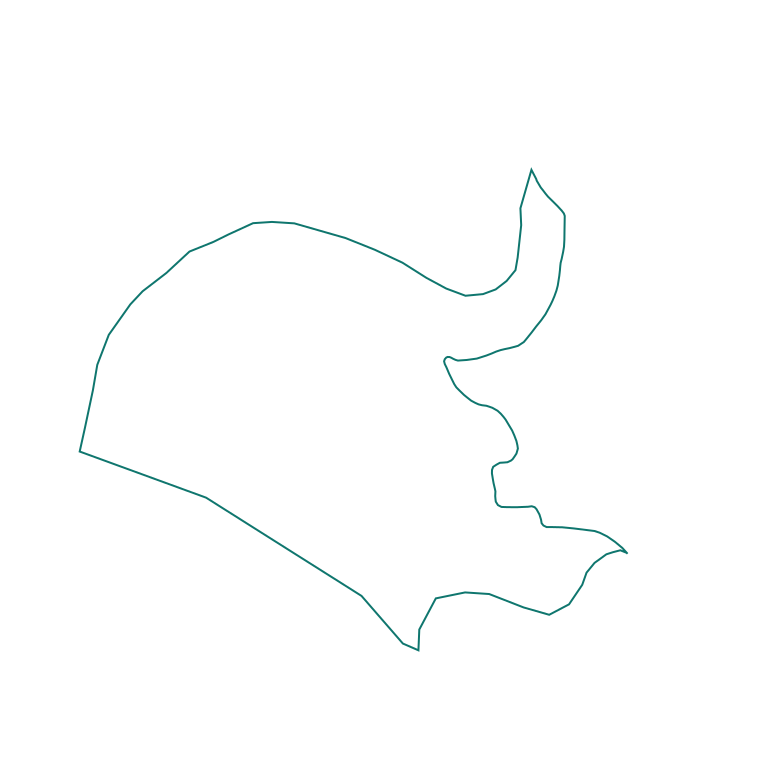 outline of Monchy/Ravine Macock, Dauphin, Saint Lucia, rotated 196°
{"feature_id": "8701671B74804511892204", "entity_name": "Monchy/Ravine Macock", "entity_type": "district", "adm_level": 2, "iso_a3": "LCA", "parent_name": "Saint Lucia", "parent_adm1": "Dauphin", "projection": "natural_earth1", "projection_center": [-60.927, 14.048], "detail": "fine", "context": "isolated", "style": "outline", "palette": "teal", "viewbox_px": 768, "rotation_deg": 196, "n_neighbors": 0, "source": "geoboundaries", "source_scale": "gbopen_adm2", "svg_char_len": 2194}
<svg xmlns="http://www.w3.org/2000/svg" viewBox="0 0 768 768"><g transform="rotate(196 384 384)"><path d="M103.1,288.0L109.7,292.1L118.6,296.0L127.5,299.0L135.7,300.5L141.2,300.7L161.6,297.5L173.1,295.4L184.1,292.5L188.3,291.3L191.7,291.9L194.1,293.6L195.6,296.8L198.6,301.4L201.4,304.2L202.9,305.7L205.2,307.1L208.3,307.2L211.7,305.7L222.9,302.0L232.0,299.5L237.2,298.2L241.1,299.0L244.1,301.7L245.2,304.3L246.2,306.9L247.3,311.5L248.4,313.6L251.3,318.8L253.2,322.7L255.6,327.8L256.5,331.2L256.2,334.5L253.7,337.4L250.9,340.2L247.8,341.3L243.8,342.8L240.8,345.4L239.6,347.2L238.4,350.7L237.5,353.6L237.5,358.8L238.9,361.9L241.0,365.7L244.5,370.4L248.0,374.6L252.6,378.9L257.3,383.3L259.7,385.1L263.5,387.6L267.5,389.6L273.3,391.0L276.6,391.2L279.6,391.3L284.0,390.6L287.5,390.5L291.0,391.0L295.6,392.0L300.7,394.1L304.2,395.6L309.6,398.5L313.5,400.7L316.4,403.2L319.6,406.7L324.2,411.8L328.4,417.0L331.1,420.0L332.5,422.4L332.4,424.6L331.5,426.5L330.4,427.5L328.5,428.0L326.6,427.8L324.5,427.3L321.9,426.9L319.4,426.9L311.1,429.9L301.8,434.0L293.4,439.6L288.9,443.0L285.1,446.1L281.3,448.7L277.6,450.8L273.2,453.1L268.8,455.7L265.6,457.7L262.7,461.1L261.2,462.8L259.9,465.7L256.4,474.0L253.6,481.2L250.5,488.5L248.0,495.6L246.9,500.6L245.7,506.1L245.0,510.3L244.4,515.2L244.0,521.2L244.1,526.5L245.3,536.2L246.2,541.6L247.1,546.1L247.6,549.2L247.7,553.2L248.2,560.2L248.8,565.5L250.4,572.5L252.5,580.2L256.6,595.4L258.1,597.5L260.9,599.6L266.3,602.9L278.0,609.3L281.2,611.5L284.0,613.6L287.5,616.1L293.3,621.6L294.1,622.9L301.3,630.5L301.3,620.9L301.3,611.3L301.3,603.3L301.3,590.5L295.9,574.5L290.4,542.5L289.0,529.7L294.5,516.9L302.7,505.7L313.6,497.7L330.0,491.3L350.5,492.9L372.4,497.7L399.7,505.7L429.8,510.5L461.2,513.7L494.0,513.7L514.5,513.7L536.4,508.9L554.2,502.5L574.7,484.9L587.0,473.7L607.5,457.7L623.9,430.6L641.6,406.6L649.8,390.6L662.1,355.4L664.9,323.4L662.1,297.8L659.4,259.4L657.9,235.2L523.7,225.7L347.2,174.1L294.3,139.7L277.5,137.5L282.4,157.7L275.1,192.2L248.6,206.0L225.0,211.1L188.2,207.7L161.6,207.7L145.4,223.2L138.1,245.6L137.3,258.5L132.3,270.1L123.3,281.6L117.6,285.4L111.0,289.3L104.3,288.6L103.1,288.0Z" fill="none" stroke="#0f766e" stroke-width="2"/></g></svg>